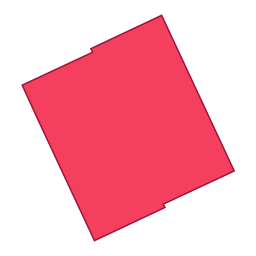 the district of Stevens, Minnesota, United States of America, rotated 65°
{"feature_id": "52423323B3938520611617", "entity_name": "Stevens", "entity_type": "district", "adm_level": 2, "iso_a3": "USA", "parent_name": "United States of America", "parent_adm1": "Minnesota", "projection": "equal_earth", "projection_center": [-96.037, 45.586], "detail": "fine", "context": "isolated", "style": "filled", "palette": "rose", "viewbox_px": 256, "rotation_deg": 65, "n_neighbors": 0, "source": "geoboundaries", "source_scale": "gbopen_adm2", "svg_char_len": 281}
<svg xmlns="http://www.w3.org/2000/svg" viewBox="0 0 256 256"><g transform="rotate(65 128 128)"><path d="M40.1,49.9L40.4,128.1L44.4,128.1L44.4,205.8L87.5,206.1L215.9,206.0L215.6,128.1L211.9,128.1L211.8,49.9L40.1,49.9Z" fill="#f43f5e" stroke="#9f1239" stroke-width="1.5"/></g></svg>